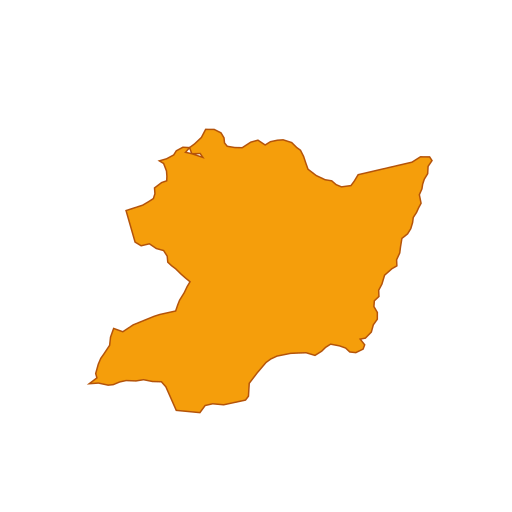 outline of São Sebastião da Amoreira, Paraná, Brazil, rotated 254°
{"feature_id": "56859067B74095202056810", "entity_name": "São Sebastião da Amoreira", "entity_type": "district", "adm_level": 2, "iso_a3": "BRA", "parent_name": "Brazil", "parent_adm1": "Paraná", "projection": "natural_earth1", "projection_center": [-50.715, -23.455], "detail": "fine", "context": "isolated", "style": "filled", "palette": "amber", "viewbox_px": 512, "rotation_deg": 254, "n_neighbors": 0, "source": "geoboundaries", "source_scale": "gbopen_adm2", "svg_char_len": 2031}
<svg xmlns="http://www.w3.org/2000/svg" viewBox="0 0 512 512"><g transform="rotate(254 256 256)"><path d="M135.6,325.3L137.0,333.3L140.7,336.0L147.4,333.2L146.9,338.5L151.1,345.9L157.5,349.8L161.8,355.2L168.3,357.1L174.9,355.4L180.3,357.4L183.2,363.0L189.3,364.5L194.3,369.3L202.1,374.3L206.3,383.1L207.7,388.7L213.6,390.1L219.3,395.0L225.1,397.5L232.7,401.1L235.5,407.8L239.6,412.3L244.9,415.7L249.7,417.8L253.6,422.3L257.5,425.6L261.2,429.2L269.9,429.9L274.8,434.0L279.1,436.0L283.4,438.9L287.8,443.7L294.7,446.1L299.2,451.5L303.4,450.2L306.0,441.4L303.2,431.8L306.0,376.6L300.8,371.0L297.5,366.7L298.9,357.2L302.5,352.7L307.4,349.5L310.3,343.4L316.8,336.0L325.1,329.9L331.4,329.5L338.6,329.2L345.4,327.9L349.1,325.0L355.2,321.6L360.2,314.1L361.4,308.5L361.9,301.4L360.2,295.4L366.8,289.8L366.9,282.4L363.9,272.6L366.1,265.5L369.4,258.6L373.4,256.9L378.4,257.8L384.0,256.3L389.2,250.7L391.6,242.5L385.0,236.2L380.7,227.9L378.5,222.0L380.7,215.7L379.1,208.4L375.8,204.7L374.1,196.8L374.1,189.3L370.4,192.7L362.4,193.4L357.1,192.3L352.9,190.9L352.6,185.5L349.4,177.2L343.7,176.0L339.5,173.2L337.8,167.6L336.1,161.1L335.5,143.6L302.7,143.6L297.5,148.4L297.1,156.9L290.7,162.2L286.7,168.7L280.3,170.6L274.4,169.5L270.0,172.1L265.9,175.2L259.5,178.8L254.2,182.2L249.4,185.5L245.6,181.4L240.5,176.9L234.6,170.4L230.6,167.3L225.3,163.6L226.3,147.3L226.1,141.4L223.7,119.1L219.9,107.1L225.6,99.2L218.1,93.8L210.5,90.7L203.6,82.6L200.4,78.6L195.5,74.6L187.2,69.5L182.7,69.5L179.2,60.5L177.3,69.5L172.6,78.3L171.7,83.3L172.5,90.2L172.1,96.8L169.0,106.2L168.1,113.8L163.9,121.9L161.2,130.4L155.1,133.3L129.6,136.8L120.9,158.9L126.3,165.9L125.9,173.6L121.9,183.9L120.4,206.2L123.3,210.1L135.5,214.4L143.4,225.0L150.9,236.3L152.9,241.7L154.0,248.6L152.9,262.3L151.4,268.7L149.2,277.5L144.2,285.3L146.4,292.9L149.0,297.7L150.7,303.4L146.6,311.5L142.8,316.8L137.9,319.7L135.6,325.3ZM378.5,222.0L372.0,222.5L375.1,216.8L378.5,222.0ZM372.0,222.5L369.9,230.6L365.4,232.1L372.0,222.5Z" fill="#f59e0b" stroke="#b45309" stroke-width="1.5"/></g></svg>